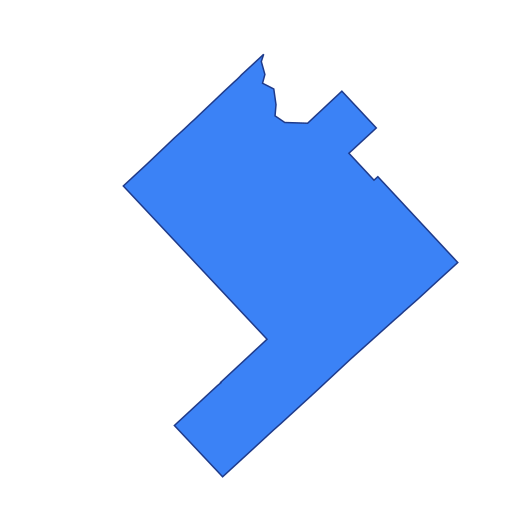 outline of Bonner, Idaho, United States of America, rotated 227°
{"feature_id": "52423323B26002580229088", "entity_name": "Bonner", "entity_type": "district", "adm_level": 2, "iso_a3": "USA", "parent_name": "United States of America", "parent_adm1": "Idaho", "projection": "equal_earth", "projection_center": [-116.598, 48.369], "detail": "fine", "context": "isolated", "style": "filled", "palette": "blue", "viewbox_px": 512, "rotation_deg": 227, "n_neighbors": 0, "source": "geoboundaries", "source_scale": "gbopen_adm2", "svg_char_len": 829}
<svg xmlns="http://www.w3.org/2000/svg" viewBox="0 0 512 512"><g transform="rotate(227 256 256)"><path d="M397.9,311.5L397.8,303.7L397.9,299.1L397.8,290.1L398.0,277.2L397.6,239.2L397.7,214.4L397.7,206.7L187.6,207.3L187.7,143.9L187.2,143.9L187.5,139.3L187.7,80.7L117.3,81.0L117.0,116.2L116.8,150.2L116.5,160.5L116.5,163.4L116.1,207.5L116.1,233.0L116.1,235.6L116.1,254.6L114.9,314.5L114.6,323.1L114.6,324.3L114.6,324.6L114.6,325.4L114.7,325.7L114.6,326.9L114.1,344.9L114.0,359.4L113.9,374.1L113.6,399.1L212.2,399.2L230.9,399.2L231.0,394.0L267.8,394.0L267.6,431.3L318.0,431.2L317.9,384.3L334.0,368.1L345.5,365.5L353.0,373.8L366.0,382.9L377.9,378.6L382.7,386.3L394.6,392.5L398.3,399.2L398.3,390.9L398.4,368.8L398.2,366.4L398.1,362.5L398.2,358.4L398.2,345.0L397.9,311.5Z" fill="#3b82f6" stroke="#1e3a8a" stroke-width="1.5"/></g></svg>